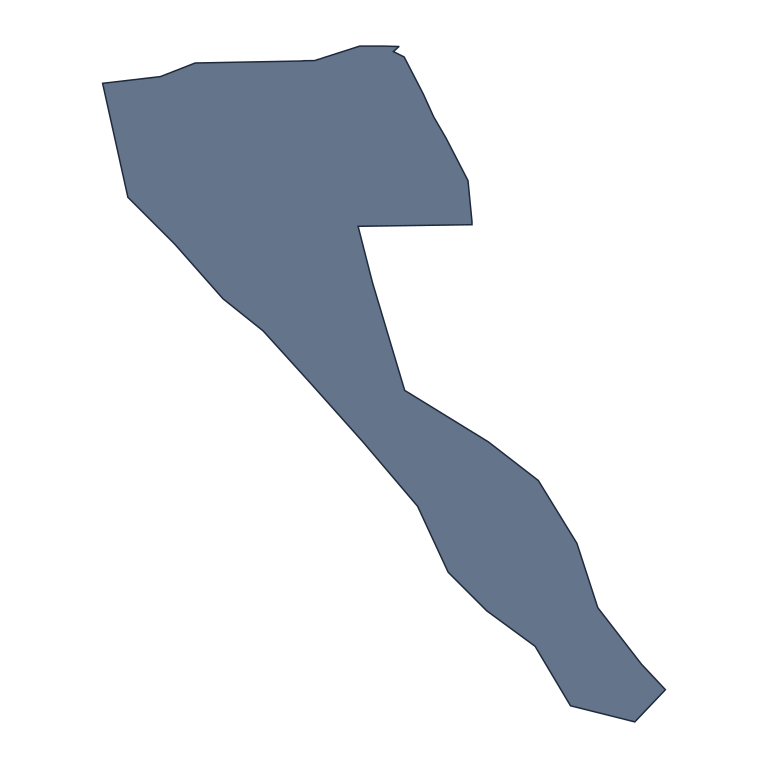 Avaza, Balkan, Turkmenistan
{"feature_id": "10190150B47051626377462", "entity_name": "Avaza", "entity_type": "district", "adm_level": 2, "iso_a3": "TKM", "parent_name": "Turkmenistan", "parent_adm1": "Balkan", "projection": "mercator", "projection_center": [52.922, 39.907], "detail": "fine", "context": "isolated", "style": "filled", "palette": "slate", "viewbox_px": 768, "rotation_deg": 0, "n_neighbors": 0, "source": "geoboundaries", "source_scale": "gbopen_adm2", "svg_char_len": 642}
<svg xmlns="http://www.w3.org/2000/svg" viewBox="0 0 768 768"><path d="M158.6,76.8L102.6,83.3L127.9,197.3L174.6,244.0L222.9,298.7L263.1,330.9L309.8,382.4L362.9,441.9L417.6,506.3L448.2,572.3L486.8,610.9L535.1,646.3L570.5,705.8L634.8,721.9L665.4,689.7L641.3,664.0L597.8,607.7L576.9,543.3L538.3,480.5L488.4,441.9L404.7,390.4L372.5,282.6L358.1,226.3L472.0,224.7L472.0,221.7L468.0,180.6L446.0,138.0L433.7,116.9L423.4,94.2L404.2,57.0L393.4,51.6L398.8,46.7L398.7,46.5L384.1,46.1L359.7,46.1L322.6,58.0L320.0,59.0L319.1,59.1L314.6,60.6L304.2,60.7L301.5,61.0L195.1,63.0L160.1,76.7L158.6,76.8Z" fill="#64748b" stroke="#1e293b" stroke-width="1.5"/></svg>